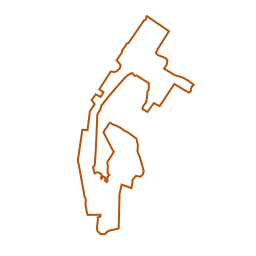 outline of Tejen, Ahal, Turkmenistan, rotated 34°
{"feature_id": "10190150B49022220136906", "entity_name": "Tejen", "entity_type": "district", "adm_level": 2, "iso_a3": "TKM", "parent_name": "Turkmenistan", "parent_adm1": "Ahal", "projection": "robinson", "projection_center": [60.242, 38.323], "detail": "fine", "context": "isolated", "style": "outline", "palette": "amber", "viewbox_px": 256, "rotation_deg": 34, "n_neighbors": 0, "source": "geoboundaries", "source_scale": "gbopen_adm2", "svg_char_len": 3011}
<svg xmlns="http://www.w3.org/2000/svg" viewBox="0 0 256 256"><g transform="rotate(34 128 128)"><path d="M131.1,58.3L125.0,58.6L124.6,58.6L124.8,54.5L124.2,52.8L123.8,51.7L122.5,49.5L122.3,49.5L119.6,49.1L115.0,50.1L114.2,50.3L112.6,50.8L112.1,50.9L111.3,50.7L109.4,50.2L109.1,50.1L108.8,47.7L108.6,46.9L108.5,46.0L107.9,24.9L81.1,24.7L81.1,25.3L81.3,25.3L81.7,26.7L82.1,28.4L81.1,29.6L80.9,56.8L80.7,57.6L79.7,58.5L79.7,59.7L80.0,60.7L79.8,63.6L79.9,67.4L80.1,67.6L80.7,68.1L80.7,78.2L85.2,79.4L85.7,79.8L86.8,80.2L87.0,80.7L87.3,81.0L87.3,81.6L87.9,83.0L87.2,86.1L87.1,86.6L85.6,89.1L82.1,90.8L82.2,95.4L82.3,98.6L82.5,107.6L82.7,112.0L87.4,112.0L87.5,112.0L88.0,117.5L82.5,118.2L82.4,118.2L82.3,125.2L82.6,125.3L85.4,126.3L86.9,126.8L87.0,126.9L87.1,135.1L87.1,135.4L87.7,136.7L94.3,149.8L95.5,152.1L95.7,152.4L92.7,154.1L91.2,155.0L91.3,155.2L92.1,157.0L104.3,182.4L104.5,182.8L113.5,191.9L119.0,197.5L123.9,202.5L127.8,206.6L129.6,208.5L133.1,211.0L135.7,215.4L140.2,220.1L143.1,222.6L153.7,215.3L154.5,216.7L154.6,216.9L153.0,219.0L154.7,221.5L154.8,221.7L156.2,224.5L157.9,227.9L160.2,230.4L160.6,230.5L161.3,230.7L162.6,231.0L164.4,231.3L164.6,231.2L168.1,229.2L168.9,225.0L170.3,223.2L171.0,222.2L171.7,221.6L174.0,219.2L175.5,217.4L176.3,216.3L175.6,215.2L174.0,212.7L166.6,201.0L164.9,198.4L161.6,193.3L157.9,187.5L157.5,186.4L157.2,185.8L157.2,185.6L154.4,178.5L164.4,175.9L164.2,175.3L162.5,171.4L161.2,169.1L160.7,168.1L160.8,167.7L161.4,163.1L165.1,161.7L165.4,161.6L166.2,158.7L166.3,158.2L165.1,154.8L154.3,145.7L154.2,145.6L149.0,142.2L145.9,136.8L141.0,132.2L140.9,132.1L130.9,131.7L130.5,131.7L126.5,132.2L123.2,132.1L120.9,132.1L118.6,132.4L116.1,132.8L115.1,133.1L113.8,133.5L112.4,133.5L110.2,133.6L109.9,134.7L109.7,136.2L110.1,138.9L110.0,140.3L109.9,141.3L109.9,142.9L110.0,145.2L122.7,152.2L127.1,154.6L127.5,154.8L129.6,155.7L129.9,167.9L132.6,170.8L134.6,174.3L136.5,176.9L138.1,177.2L138.7,177.3L138.6,177.5L138.4,179.9L139.2,181.5L139.5,182.0L140.6,183.2L140.7,183.3L140.7,183.8L140.7,184.7L138.7,184.6L137.9,183.6L137.9,183.4L137.7,183.0L137.3,182.1L135.8,181.8L135.6,181.8L134.9,181.8L134.7,181.8L134.4,184.6L134.3,185.0L133.8,184.5L133.5,183.9L132.6,182.4L131.9,181.3L131.9,181.2L128.0,181.4L127.8,181.5L126.9,182.4L125.7,184.3L123.5,182.2L123.0,181.8L121.1,180.4L121.1,177.4L120.1,175.5L116.1,168.5L106.6,152.7L105.4,150.8L95.1,134.1L94.8,130.2L94.7,128.1L94.4,127.1L93.5,124.6L93.4,124.4L93.5,123.7L94.1,114.8L94.5,111.1L95.0,106.2L95.5,101.9L97.3,88.4L97.9,85.8L98.2,84.4L99.0,83.0L100.6,80.2L101.9,80.4L104.5,81.1L104.7,80.8L105.7,79.7L120.4,79.3L120.6,79.6L123.8,84.8L123.6,86.6L127.2,93.2L127.4,93.6L128.6,96.2L128.5,99.7L128.4,101.6L129.3,104.2L129.5,104.2L135.1,103.8L135.5,92.9L142.0,92.2L141.9,74.3L141.9,72.1L141.8,65.6L153.8,65.0L158.4,64.6L158.6,64.6L159.5,62.6L158.2,60.2L157.8,58.0L158.4,55.5L157.7,55.4L152.9,55.1L151.9,55.1L145.8,55.5L142.1,56.4L141.8,56.5L140.1,57.1L137.2,58.0L136.7,58.1L131.1,58.3Z" fill="none" stroke="#b45309" stroke-width="2"/></g></svg>